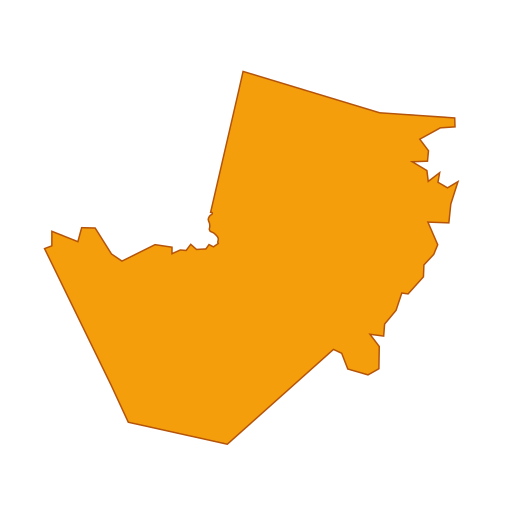 the district of Butler, Kentucky, United States of America, rotated 175°
{"feature_id": "52423323B68914113010004", "entity_name": "Butler", "entity_type": "district", "adm_level": 2, "iso_a3": "USA", "parent_name": "United States of America", "parent_adm1": "Kentucky", "projection": "robinson", "projection_center": [-86.694, 37.197], "detail": "fine", "context": "isolated", "style": "filled", "palette": "amber", "viewbox_px": 512, "rotation_deg": 175, "n_neighbors": 0, "source": "geoboundaries", "source_scale": "gbopen_adm2", "svg_char_len": 1158}
<svg xmlns="http://www.w3.org/2000/svg" viewBox="0 0 512 512"><g transform="rotate(175 256 256)"><path d="M411.7,140.3L397.7,101.5L301.0,71.0L187.0,156.2L179.1,151.6L174.4,135.4L154.8,127.8L143.4,133.0L141.1,155.1L149.3,168.1L135.8,165.1L133.8,177.0L121.2,189.7L114.0,206.4L107.8,205.0L91.0,220.7L89.5,232.5L78.8,242.1L74.0,251.4L81.8,274.8L61.0,272.2L57.4,290.8L48.3,312.5L59.3,307.2L68.3,313.6L65.8,323.0L77.9,315.3L78.3,326.2L92.2,336.3L76.9,335.5L75.0,345.8L82.7,358.1L61.2,367.6L46.5,367.3L46.0,376.2L120.4,387.9L252.8,441.0L258.8,422.2L297.4,303.5L296.4,303.4L295.7,302.7L296.0,301.7L297.2,300.9L298.0,300.5L299.1,299.4L300.1,297.7L300.4,296.6L300.2,295.0L299.6,293.1L299.4,291.9L299.4,290.5L299.5,289.0L300.1,287.2L300.2,286.4L299.5,284.6L296.7,283.0L295.7,282.3L293.5,279.7L292.7,278.5L292.2,277.2L292.1,276.4L292.3,275.0L292.7,274.0L292.9,273.0L292.5,271.8L297.6,268.8L301.8,271.5L305.3,267.4L314.7,267.7L320.0,273.3L325.1,267.6L330.9,268.6L339.5,265.6L338.9,272.1L355.6,276.1L390.0,262.6L399.8,270.6L413.8,297.9L427.2,299.4L432.2,285.8L457.2,298.4L458.5,283.9L466.0,281.8L411.7,140.3Z" fill="#f59e0b" stroke="#b45309" stroke-width="1.5"/></g></svg>